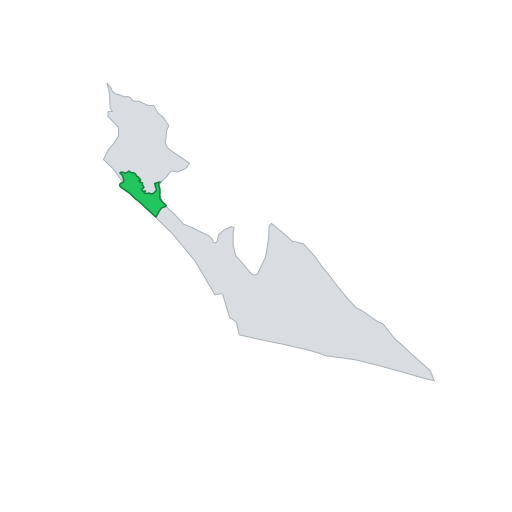 Haifa on a map of Israel (Robinson projection), rotated 301°
{"feature_id": "ISR-3054", "entity_name": "Haifa", "entity_type": "District", "adm_level": 1, "iso_a3": "ISR", "parent_name": "Israel", "parent_adm1": "", "projection": "robinson", "projection_center": [35.08, 32.637], "detail": "fine", "context": "in_parent", "style": "filled", "palette": "green", "viewbox_px": 512, "rotation_deg": 301, "n_neighbors": 0, "source": "natural_earth", "source_scale": "10m", "svg_char_len": 3734}
<svg xmlns="http://www.w3.org/2000/svg" viewBox="0 0 512 512"><g transform="rotate(301 256 256)"><path d="M327.7,39.0L325.4,44.9L323.3,48.0L322.6,52.7L324.0,56.5L324.8,61.8L326.5,63.3L327.1,66.7L325.6,70.1L326.3,72.9L328.2,75.4L329.5,86.0L332.2,90.9L327.9,98.5L327.2,104.6L322.9,114.0L318.0,114.7L306.7,119.8L305.1,121.4L303.1,124.4L302.8,126.7L301.2,151.4L294.9,150.7L287.4,145.3L285.9,140.7L283.6,139.1L278.2,138.5L268.0,136.1L256.1,144.2L251.0,157.7L250.0,164.0L246.0,177.3L247.4,185.4L248.1,195.9L249.1,204.6L248.0,209.7L245.8,212.5L246.4,214.5L248.5,215.2L255.0,212.9L261.9,215.2L268.4,219.6L269.0,222.6L264.3,224.3L253.3,231.0L245.5,238.8L243.5,246.1L238.2,261.5L238.9,264.6L241.5,266.5L259.4,264.9L275.8,258.6L288.0,252.0L291.9,252.4L289.4,269.3L287.3,279.8L288.2,281.6L290.9,290.6L285.7,307.2L279.9,320.6L277.8,327.0L272.1,341.2L266.3,357.7L263.1,369.0L263.8,373.1L262.4,393.9L263.2,399.8L256.4,417.9L255.0,426.8L252.2,438.9L247.5,464.5L241.0,473.0L237.8,463.5L230.5,436.1L225.2,417.4L218.1,394.3L206.1,366.3L205.0,359.5L202.4,349.7L194.2,324.2L187.5,305.8L179.8,282.3L189.4,272.9L189.6,265.2L205.9,247.3L205.8,245.5L201.5,240.8L202.1,239.9L220.2,206.5L231.9,173.4L242.8,127.3L250.6,103.9L257.2,88.4L260.1,75.6L270.7,74.6L278.6,76.0L288.1,76.4L295.7,71.6L299.3,57.2L303.6,54.9L305.8,58.3L308.0,54.5L317.9,48.1L322.8,44.0L327.7,39.0Z" fill="#d9dde1" stroke="#a8b0b8" stroke-width="1"/><path d="M269.6,135.3L269.4,135.2L267.7,135.3L266.4,136.3L264.1,139.0L261.2,140.8L258.5,142.2L256.0,144.0L254.2,147.1L253.1,152.9L252.0,153.0L251.4,152.8L251.3,152.7L251.2,152.5L251.1,152.3L250.9,152.2L250.6,152.0L249.1,150.7L248.7,150.4L248.4,150.3L243.8,149.9L242.9,150.0L242.7,150.1L241.7,150.2L237.9,150.1L238.3,147.6L241.2,133.2L241.7,132.1L242.3,127.2L242.8,125.8L242.6,124.1L244.7,115.1L245.2,105.3L246.0,103.0L247.3,102.3L248.5,102.5L250.4,103.8L251.8,104.1L252.6,103.9L255.9,100.4L256.3,99.5L257.1,96.6L257.3,96.6L257.9,96.8L258.2,97.0L258.4,97.3L258.7,98.1L258.9,98.4L259.1,98.6L259.4,98.9L259.5,99.1L259.6,99.4L259.3,100.8L259.4,101.0L259.5,101.2L260.3,101.7L260.5,102.0L261.0,102.3L261.4,102.6L262.8,103.0L263.1,103.2L263.3,103.3L263.4,103.5L263.4,103.9L263.1,105.2L263.1,105.5L263.2,105.9L263.4,106.4L264.4,108.5L264.4,108.8L264.4,109.2L264.3,110.1L264.2,110.6L264.1,110.9L263.2,112.3L262.9,112.7L262.9,113.0L263.1,114.5L263.0,114.9L262.9,115.1L262.4,115.4L262.3,115.6L262.3,115.9L262.3,116.4L262.3,116.7L262.3,116.9L262.2,117.2L262.0,117.5L261.7,117.7L261.6,117.9L261.4,117.9L261.1,117.9L261.0,117.7L260.9,117.6L260.6,117.1L260.3,116.9L260.1,116.9L260.0,117.0L259.9,117.2L259.8,117.5L259.7,118.2L259.7,118.4L260.1,120.4L260.1,120.8L260.1,121.1L258.8,121.8L258.6,121.9L258.5,122.1L258.3,122.4L257.6,123.9L257.3,124.4L257.2,124.5L256.8,124.6L256.7,124.6L255.5,124.1L255.0,124.0L254.8,124.0L254.6,124.0L254.4,124.0L254.2,124.1L253.8,124.5L253.7,124.6L253.5,124.9L253.5,125.1L253.4,125.5L253.5,126.1L253.8,126.5L254.5,127.3L254.7,127.7L254.7,127.8L254.2,127.7L253.7,127.5L253.3,127.4L252.8,127.5L252.6,127.5L252.4,127.7L252.4,128.0L252.5,128.4L252.9,129.0L253.0,129.4L253.1,129.7L253.1,129.9L253.2,130.2L253.2,130.3L253.3,130.5L253.7,130.8L254.9,131.7L255.1,131.9L255.1,132.1L255.1,132.5L254.8,133.3L254.8,133.5L254.9,133.9L255.0,134.1L255.7,134.5L255.8,134.7L255.9,134.9L256.1,135.1L256.4,135.3L257.0,135.7L257.3,135.9L257.7,136.1L260.4,136.6L260.6,136.7L260.8,136.7L261.1,136.7L261.4,136.5L262.0,136.1L262.3,135.8L262.5,135.6L262.6,135.4L262.8,135.1L263.3,134.8L263.5,134.6L263.6,134.4L263.6,134.2L263.7,133.8L263.9,133.7L264.0,133.6L264.8,133.1L265.0,133.0L265.1,132.9L265.2,132.7L265.5,132.2L265.8,131.9L266.0,131.8L266.4,132.1L266.7,132.3L269.3,134.8L269.6,135.3Z" fill="#22c55e" stroke="#15803d" stroke-width="1.5"/></g></svg>